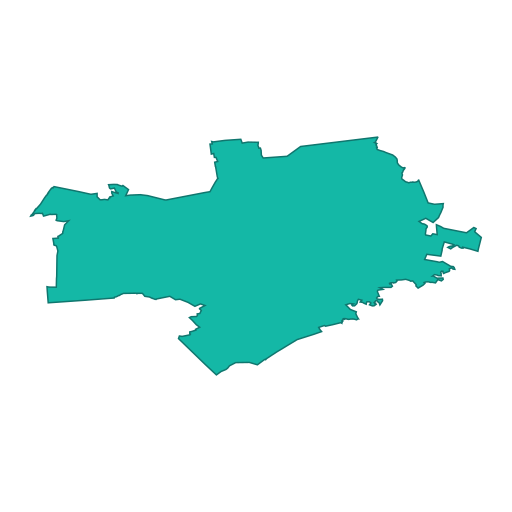 Umurgas pag., Limbaži, Latvia (Natural Earth projection)
{"feature_id": "27541924B87093232945567", "entity_name": "Umurgas pag.", "entity_type": "district", "adm_level": 2, "iso_a3": "LVA", "parent_name": "Latvia", "parent_adm1": "Limbaži", "projection": "natural_earth1", "projection_center": [24.943, 57.497], "detail": "fine", "context": "isolated", "style": "filled", "palette": "teal", "viewbox_px": 512, "rotation_deg": 0, "n_neighbors": 0, "source": "geoboundaries", "source_scale": "gbopen_adm2", "svg_char_len": 5970}
<svg xmlns="http://www.w3.org/2000/svg" viewBox="0 0 512 512"><path d="M463.0,248.1L462.8,247.2L469.9,248.9L477.9,251.3L478.3,249.2L481.3,237.4L475.4,232.4L474.7,231.6L476.1,228.6L473.8,227.5L466.5,232.8L443.7,228.3L440.6,226.5L436.4,224.7L436.5,226.9L437.2,234.6L432.8,233.8L430.9,236.0L425.7,235.0L425.4,234.0L425.9,230.4L426.0,228.9L427.3,226.9L427.0,225.7L424.6,224.2L423.6,223.9L422.2,223.7L419.0,221.4L425.8,218.3L433.1,222.5L438.5,217.6L439.7,214.8L440.8,212.7L443.0,207.3L443.0,204.9L443.3,203.6L434.5,204.3L428.1,202.9L423.9,192.3L418.7,180.1L418.3,180.3L417.8,181.3L416.2,182.0L414.2,182.3L413.0,182.0L412.9,182.2L412.2,182.1L411.9,182.3L410.6,182.2L408.7,182.8L407.3,182.2L406.2,182.1L406.0,181.8L404.9,181.3L403.8,180.3L403.5,180.2L402.9,179.6L402.5,179.5L401.9,178.9L401.7,177.9L401.8,177.1L402.5,174.9L402.1,173.9L402.0,172.9L402.7,172.1L403.2,170.6L403.6,170.1L403.6,169.7L404.1,169.4L404.7,168.6L405.0,167.9L404.9,167.7L404.5,167.6L403.2,167.9L402.4,167.6L401.4,167.1L398.8,165.0L397.5,163.1L397.3,162.5L397.2,160.2L397.0,159.5L397.0,159.1L395.4,157.1L392.7,155.0L385.8,152.5L383.6,151.5L379.9,150.5L377.2,149.5L377.0,149.1L376.9,148.5L376.5,147.8L376.7,147.6L377.2,147.6L377.3,147.3L376.6,146.2L376.6,145.8L376.2,145.6L376.4,145.0L376.3,144.8L376.3,144.2L375.9,144.0L375.9,143.8L376.7,143.5L376.0,143.0L374.7,142.6L375.6,142.2L375.6,141.9L375.5,141.6L376.1,140.7L377.8,137.3L377.6,137.1L300.6,146.5L287.1,156.3L263.2,158.0L261.4,155.2L261.1,150.4L260.4,148.1L258.8,148.1L258.5,146.8L257.9,145.5L258.2,143.7L258.3,142.3L248.0,142.1L242.2,143.1L240.8,139.3L224.9,140.4L213.3,141.9L211.7,141.5L212.3,143.9L210.0,144.1L211.3,154.1L213.7,153.5L214.4,157.4L216.0,157.4L217.7,161.5L214.7,162.2L215.4,166.5L215.6,166.6L217.3,176.8L217.9,178.4L217.7,178.4L216.0,181.2L215.8,181.3L212.2,187.6L210.8,190.2L210.0,191.7L205.0,192.5L166.1,200.0L164.8,199.9L147.6,195.6L140.3,194.7L130.2,195.1L125.7,195.7L128.5,189.6L122.9,185.5L122.1,186.2L118.8,185.2L117.3,184.5L113.6,184.4L108.6,184.7L108.9,185.4L109.4,187.6L109.6,188.1L110.6,188.9L114.4,188.1L116.3,192.1L118.1,192.7L118.1,193.5L111.8,191.6L111.9,192.1L111.7,192.8L111.8,193.2L113.2,195.9L109.8,197.0L110.0,197.7L109.1,198.0L107.9,199.9L104.5,199.4L101.6,199.8L100.1,199.8L97.1,196.8L97.1,193.4L90.9,194.3L78.7,191.6L54.0,186.6L53.1,187.9L52.4,187.6L51.7,188.4L51.4,188.3L48.3,192.5L47.9,193.2L48.2,193.2L46.8,195.2L46.5,195.2L44.6,197.8L40.5,204.2L36.5,208.7L36.1,208.6L34.9,210.1L35.2,210.2L31.6,215.1L31.3,215.0L30.7,216.1L32.9,215.6L33.6,215.2L34.3,214.0L35.3,213.5L39.2,213.3L41.6,213.5L42.4,213.3L43.2,215.0L43.4,215.9L43.6,216.1L50.4,214.2L50.8,214.5L56.1,214.3L56.7,214.6L56.6,215.1L56.9,218.1L56.1,220.2L57.1,220.7L63.8,221.6L68.7,220.7L64.6,224.9L63.2,230.9L62.9,231.3L62.7,233.4L58.5,236.2L57.9,236.4L58.2,238.1L52.9,238.5L54.0,244.6L53.9,244.6L54.1,245.2L56.2,245.7L56.8,246.9L57.9,251.0L57.0,255.6L56.7,276.4L56.5,278.5L56.3,287.2L49.1,287.1L47.0,286.7L47.3,291.5L48.2,302.8L85.5,300.2L114.2,298.0L114.4,297.2L116.5,296.7L118.9,295.4L119.4,295.5L121.0,294.3L121.4,294.3L123.4,293.4L136.1,293.2L136.9,293.7L137.2,293.3L142.2,293.3L142.9,293.9L144.8,296.3L149.5,297.0L152.1,298.3L152.2,298.2L155.0,299.3L156.1,299.4L156.3,299.0L169.8,296.3L175.5,299.7L180.0,299.2L181.2,299.7L188.1,302.4L194.9,306.3L200.5,303.9L205.0,305.5L199.6,308.4L199.5,308.8L201.3,310.5L199.8,313.5L197.2,313.9L197.4,315.5L196.5,316.5L191.2,316.7L189.4,317.6L192.4,320.4L196.3,324.7L199.7,327.2L195.6,329.3L195.9,330.1L192.0,331.4L189.8,331.9L189.8,333.6L190.4,334.1L190.0,334.8L182.2,336.4L179.4,336.0L178.5,338.6L205.4,364.6L216.4,374.9L221.1,371.5L225.9,369.5L227.6,368.2L229.5,365.8L235.7,362.6L249.3,362.4L257.4,364.8L264.3,359.7L264.7,359.5L265.4,359.5L265.6,359.7L265.9,359.5L266.0,359.3L265.8,359.1L276.3,352.2L297.1,339.6L313.8,334.3L321.6,331.6L319.4,328.9L319.5,328.7L318.7,327.4L324.4,325.5L325.5,326.2L332.6,324.7L340.6,322.7L341.7,323.2L341.6,322.7L342.1,322.5L342.0,321.9L342.3,321.6L342.1,321.6L341.8,321.0L342.4,320.8L342.2,320.6L342.3,320.3L342.7,320.2L342.7,319.9L343.1,319.7L343.5,319.1L343.1,319.0L343.2,318.7L343.9,318.6L344.2,319.1L344.5,319.3L344.8,319.0L345.3,318.9L345.1,318.6L345.4,318.6L345.7,318.9L346.2,318.8L346.7,319.0L346.9,318.9L347.4,319.2L348.7,319.4L349.0,319.2L349.8,319.3L350.5,319.0L351.7,319.1L352.5,318.9L353.0,319.2L353.7,319.0L356.6,319.8L358.0,318.9L358.5,318.9L357.4,317.2L356.0,314.2L355.8,313.3L355.9,313.2L356.3,311.8L350.4,309.5L345.8,304.8L349.9,303.5L353.4,303.9L351.8,305.0L352.6,305.9L354.6,305.8L356.7,303.8L357.1,303.0L357.5,300.8L358.4,299.3L361.8,300.2L360.2,302.0L362.6,302.4L363.9,303.2L366.2,304.2L366.4,302.8L366.9,301.8L369.5,301.8L370.9,303.0L369.5,304.8L372.3,305.9L374.1,305.8L376.0,304.4L375.0,303.8L375.6,303.2L374.2,302.6L375.8,300.7L377.3,300.9L377.9,301.9L379.1,302.7L379.9,304.9L382.6,300.7L382.4,299.2L379.4,299.4L377.1,299.0L376.6,298.0L377.7,296.5L379.3,296.3L377.6,292.2L377.4,291.3L377.6,290.6L378.1,290.1L382.9,289.4L379.8,287.7L384.3,287.4L391.0,287.4L392.4,286.2L391.2,284.0L389.7,284.0L389.5,283.3L390.8,282.8L393.1,282.6L393.4,283.0L395.7,282.5L397.0,281.0L396.6,280.1L401.6,279.9L405.7,279.3L409.4,280.4L410.7,281.2L412.7,280.9L416.2,284.7L415.9,285.9L418.1,288.1L423.0,285.2L424.9,283.4L424.1,282.5L426.2,281.9L428.3,281.8L430.6,282.4L432.1,282.3L435.5,282.9L437.8,279.6L441.4,280.9L443.2,279.4L442.9,278.0L437.0,278.2L433.3,276.1L432.5,276.1L434.5,274.6L437.0,275.0L438.1,275.6L441.2,275.8L441.1,273.2L440.7,272.3L440.9,271.8L441.5,271.2L443.0,271.3L443.1,272.7L443.7,273.5L444.7,272.9L449.0,271.4L449.6,270.7L449.3,268.8L451.6,267.9L453.0,269.1L454.8,269.3L454.2,267.6L453.3,266.6L450.7,266.3L442.5,261.5L439.3,262.3L436.9,261.7L424.6,259.5L426.8,254.3L440.8,256.1L442.1,250.4L442.2,248.8L444.3,241.9L452.3,244.1L454.0,244.8L453.1,245.6L451.8,246.2L451.3,246.0L449.0,246.7L447.8,247.4L450.7,248.9L452.7,247.4L456.6,245.3L458.5,245.8L459.2,246.7L459.2,247.1L461.5,248.1L463.0,248.1Z" fill="#14b8a6" stroke="#0f766e" stroke-width="1.5"/></svg>